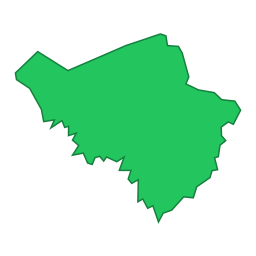 the district of Fleming, Kentucky, United States of America
{"feature_id": "52423323B16760069274755", "entity_name": "Fleming", "entity_type": "district", "adm_level": 2, "iso_a3": "USA", "parent_name": "United States of America", "parent_adm1": "Kentucky", "projection": "natural_earth1", "projection_center": [-83.696, 38.348], "detail": "fine", "context": "isolated", "style": "filled", "palette": "green", "viewbox_px": 256, "rotation_deg": 0, "n_neighbors": 0, "source": "geoboundaries", "source_scale": "gbopen_adm2", "svg_char_len": 884}
<svg xmlns="http://www.w3.org/2000/svg" viewBox="0 0 256 256"><path d="M37.7,51.6L15.4,73.0L16.5,79.6L29.7,88.4L41.4,109.4L43.7,121.6L54.4,119.9L50.9,127.9L62.0,120.6L64.7,127.4L68.6,126.3L68.5,135.6L76.2,133.2L72.5,140.1L78.7,145.5L72.5,155.2L83.3,153.1L87.6,163.0L92.2,164.5L95.0,157.7L99.6,156.3L103.7,161.1L106.5,157.0L116.8,161.7L124.1,157.1L119.3,170.4L131.0,170.4L128.2,179.0L131.7,183.4L138.3,179.7L137.9,201.8L142.8,199.0L147.7,208.3L152.9,205.8L158.5,222.0L163.1,213.2L171.7,210.1L183.7,196.9L193.3,197.8L196.7,186.8L210.0,177.6L212.0,170.7L217.6,169.7L214.6,157.8L218.3,156.7L220.0,145.2L225.7,140.6L221.5,135.6L221.2,127.1L228.3,121.9L233.3,124.3L240.6,110.2L234.8,101.1L221.7,99.7L214.3,92.7L198.4,89.9L185.9,83.9L188.8,77.0L182.2,53.0L178.4,46.4L167.5,45.6L165.9,35.8L160.3,34.0L126.3,45.4L67.9,70.6L37.7,51.6Z" fill="#22c55e" stroke="#15803d" stroke-width="1.5"/></svg>